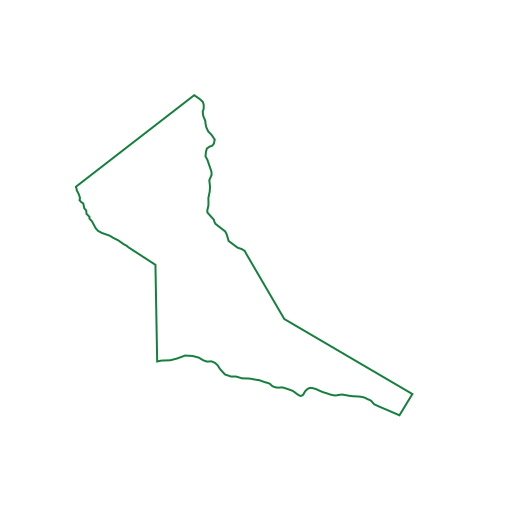 the district of Mongouge, Choiseul, Saint Lucia, rotated 109°
{"feature_id": "8701671B23364700154190", "entity_name": "Mongouge", "entity_type": "district", "adm_level": 2, "iso_a3": "LCA", "parent_name": "Saint Lucia", "parent_adm1": "Choiseul", "projection": "natural_earth1", "projection_center": [-61.043, 13.805], "detail": "fine", "context": "isolated", "style": "outline", "palette": "green", "viewbox_px": 512, "rotation_deg": 109, "n_neighbors": 0, "source": "geoboundaries", "source_scale": "gbopen_adm2", "svg_char_len": 5288}
<svg xmlns="http://www.w3.org/2000/svg" viewBox="0 0 512 512"><g transform="rotate(109 256 256)"><path d="M305.9,209.3L256.8,266.3L255.0,268.1L254.8,268.7L254.1,271.5L254.1,276.2L253.4,278.4L250.7,286.8L247.8,288.8L247.5,289.0L244.7,291.1L242.8,293.1L240.5,299.9L238.8,304.8L238.1,305.5L237.3,306.4L235.4,307.7L230.8,316.0L228.8,316.9L223.9,317.4L219.9,318.7L216.7,319.9L214.2,320.2L212.2,320.5L211.4,320.6L209.9,320.8L205.3,322.1L199.6,324.8L193.9,324.4L193.3,324.6L190.9,325.5L181.1,333.1L178.2,336.2L174.0,337.2L171.4,337.4L170.3,337.4L167.5,335.3L166.8,334.3L166.0,333.3L163.4,332.4L160.4,332.8L159.4,332.9L156.7,336.4L156.0,337.4L153.8,341.7L150.6,344.8L146.8,347.1L144.8,347.9L140.6,351.6L139.6,352.1L136.8,353.4L133.8,353.4L130.0,354.7L127.7,356.3L126.0,360.1L125.8,360.5L125.5,361.6L124.1,366.8L249.1,448.8L249.4,448.8L250.8,447.5L252.1,447.0L254.8,444.1L257.7,441.8L259.1,441.1L260.6,441.1L261.8,439.1L262.6,436.4L266.8,433.9L268.2,431.4L271.3,430.0L273.2,426.2L274.8,425.7L276.7,422.3L281.9,416.7L283.7,413.5L284.4,409.0L284.4,401.1L285.4,396.5L286.0,391.5L287.9,385.0L288.5,381.4L289.3,379.5L297.1,348.2L387.9,315.1L387.5,314.4L385.6,311.2L382.5,303.1L379.1,298.0L378.7,297.3L378.4,297.0L373.2,290.6L371.9,286.0L371.2,283.5L370.7,277.0L371.8,271.9L371.8,268.0L370.6,265.0L370.1,263.8L370.4,260.0L371.8,256.7L373.6,254.5L374.8,252.9L378.1,246.8L378.1,240.3L376.9,237.0L376.5,235.8L376.3,231.7L376.2,229.4L375.0,225.5L374.0,222.3L373.0,215.9L372.7,214.0L372.6,213.8L372.5,213.5L372.4,213.2L372.4,212.8L372.4,212.5L372.4,212.2L372.4,211.7L372.4,211.2L372.4,210.7L372.4,210.3L372.4,209.8L372.4,209.2L372.4,208.7L372.4,208.1L372.4,207.8L372.4,207.3L372.4,207.0L372.4,206.5L372.4,206.1L372.4,205.8L372.3,205.4L372.3,205.1L372.3,204.7L372.3,204.2L372.2,203.8L372.2,203.3L372.2,202.9L372.2,202.5L372.3,202.1L372.3,201.7L372.3,201.4L372.4,201.0L372.6,200.6L372.8,200.2L373.0,199.9L373.2,199.6L373.3,199.1L373.5,198.7L373.6,198.2L373.7,197.9L373.8,197.4L373.8,197.0L373.8,196.7L373.8,196.4L373.8,196.1L373.8,195.7L373.8,195.2L373.8,194.8L373.8,194.5L373.7,194.2L373.7,193.9L373.6,193.6L373.5,193.3L373.4,192.8L373.3,192.4L373.2,192.0L373.1,191.7L372.9,191.4L372.8,191.1L372.7,190.8L372.6,190.5L372.4,190.2L372.3,189.9L372.1,189.5L372.0,189.2L371.9,188.9L371.8,188.5L371.7,188.2L371.6,187.7L371.6,187.4L371.6,187.0L371.6,186.6L371.5,186.2L371.5,185.6L371.5,185.1L371.5,184.6L371.5,184.1L371.5,183.8L371.5,183.2L371.5,182.7L371.5,182.3L371.5,181.9L371.5,181.6L371.5,181.2L371.5,180.9L371.5,180.4L371.5,179.9L371.5,179.5L371.5,179.2L371.5,178.7L371.5,178.3L371.6,177.8L371.6,177.3L371.7,176.8L371.8,176.5L371.9,176.2L372.0,175.9L372.1,175.4L372.2,175.2L372.3,174.8L372.5,174.4L372.6,173.9L372.8,173.5L372.9,173.1L373.0,172.8L373.1,172.4L373.2,172.0L373.3,171.7L373.4,171.2L373.5,170.8L373.6,170.4L373.7,170.1L373.7,169.8L373.8,169.4L373.8,168.9L373.8,168.5L373.7,168.1L373.5,167.9L373.4,167.6L373.2,167.4L373.0,167.2L372.7,166.9L372.4,166.6L372.0,166.4L371.7,166.2L371.4,166.1L371.0,166.1L370.8,166.0L370.4,166.0L370.1,165.9L369.8,165.8L369.4,165.8L369.2,165.7L368.8,165.7L368.4,165.6L368.1,165.5L367.8,165.4L367.4,165.3L367.0,165.1L366.7,164.9L366.4,164.8L366.1,164.6L365.8,164.5L365.5,164.3L365.2,164.1L364.9,163.9L364.6,163.6L364.3,163.4L364.1,163.2L363.8,162.9L363.7,162.6L363.4,162.3L363.2,162.0L363.0,161.7L362.9,161.2L362.7,160.6L362.7,160.3L362.6,159.9L362.5,159.6L362.5,159.3L362.5,158.9L362.4,158.6L362.3,155.4L362.4,155.1L362.4,154.6L362.5,154.1L362.6,153.4L362.6,152.9L362.6,152.5L362.7,152.0L362.7,151.4L362.8,150.9L362.8,150.6L362.8,150.3L362.8,149.9L362.9,149.4L362.9,148.9L362.9,148.5L362.9,148.2L362.9,147.7L362.9,147.3L362.9,146.9L362.9,146.5L362.9,146.0L362.8,145.6L362.8,145.3L362.8,145.0L362.8,144.5L362.8,144.0L362.8,143.5L362.8,143.2L362.8,142.9L362.8,142.4L362.8,142.1L362.8,141.6L362.8,141.2L362.8,140.8L362.8,140.4L362.8,140.0L362.7,139.5L362.7,139.1L362.6,138.6L362.5,138.2L362.5,137.9L362.5,137.5L362.4,137.2L362.4,136.9L362.3,136.4L362.2,136.1L362.0,135.8L361.9,135.3L361.7,134.9L361.6,134.5L361.4,134.1L361.1,133.8L360.9,133.5L360.7,133.2L360.6,132.7L360.4,132.4L360.2,132.1L360.0,131.6L359.8,131.4L359.6,131.0L359.5,130.7L359.4,130.3L359.2,130.0L359.1,129.7L358.9,129.2L358.8,128.8L358.8,128.5L358.7,128.1L358.7,127.7L358.6,127.3L358.5,126.9L358.5,126.6L358.4,126.1L358.3,125.7L358.3,125.2L358.2,124.9L358.1,124.4L358.1,124.1L358.0,123.7L358.0,123.3L357.9,122.8L357.9,122.4L357.8,122.1L357.7,121.7L357.6,121.2L357.5,120.7L357.4,120.2L357.3,119.8L357.2,119.4L357.1,119.0L357.1,118.7L356.9,118.3L356.8,117.9L356.7,117.4L356.6,117.2L356.5,116.8L356.4,116.4L356.2,115.9L356.1,115.5L355.9,115.0L355.8,114.5L355.7,114.1L355.6,113.7L355.5,113.4L355.4,113.0L355.3,112.7L355.2,112.4L355.2,112.1L355.1,111.7L355.0,111.3L354.9,110.9L354.9,110.4L354.8,110.0L354.8,109.6L354.7,109.3L354.6,108.8L354.6,108.5L354.6,108.1L354.6,107.7L354.6,107.4L354.6,107.0L354.6,106.5L354.6,106.1L354.8,105.7L354.8,105.2L354.9,104.9L354.9,104.5L355.0,104.2L355.0,103.7L355.1,103.1L355.1,102.5L355.1,102.1L355.2,101.5L355.2,101.0L355.3,100.5L355.5,100.2L355.6,99.8L355.7,99.4L355.9,99.1L356.0,98.9L356.2,98.5L356.5,98.2L356.7,97.9L356.9,97.5L357.1,97.0L357.3,96.7L357.7,96.0L358.2,91.5L359.9,68.5L335.6,63.2L306.4,208.7L305.9,209.3Z" fill="none" stroke="#15803d" stroke-width="2"/></g></svg>